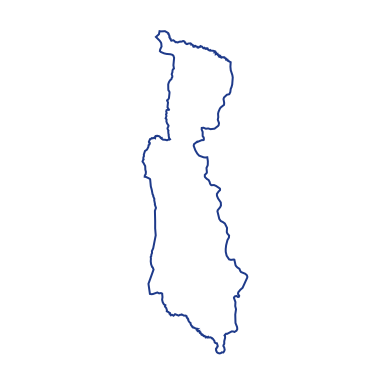 Mwense, Luapula, Zambia (Mercator projection), rotated 173°
{"feature_id": "96606910B65361757033996", "entity_name": "Mwense", "entity_type": "district", "adm_level": 2, "iso_a3": "ZMB", "parent_name": "Zambia", "parent_adm1": "Luapula", "projection": "mercator", "projection_center": [28.717, -10.52], "detail": "fine", "context": "isolated", "style": "outline", "palette": "blue", "viewbox_px": 384, "rotation_deg": 173, "n_neighbors": 0, "source": "geoboundaries", "source_scale": "gbopen_adm2", "svg_char_len": 5995}
<svg xmlns="http://www.w3.org/2000/svg" viewBox="0 0 384 384"><g transform="rotate(173 192 192)"><path d="M229.0,73.8L228.5,73.6L228.4,72.7L228.0,72.2L227.6,72.5L226.9,72.6L225.4,71.5L223.7,72.8L220.4,71.0L218.7,71.6L217.5,71.4L217.1,71.7L215.1,70.3L213.3,70.1L212.8,69.6L212.5,69.3L212.7,69.0L212.4,67.8L211.5,67.0L211.6,66.4L211.2,66.0L211.3,64.9L210.3,63.0L209.4,62.1L209.5,61.2L209.0,59.6L208.6,59.3L208.3,58.4L207.8,58.2L207.8,57.6L207.3,57.2L206.4,57.1L205.1,56.1L203.7,55.7L203.9,55.1L203.6,55.1L203.9,54.9L203.7,53.8L203.3,53.3L202.8,53.4L202.7,53.0L201.6,53.2L201.6,52.6L201.0,52.0L201.4,51.8L201.4,51.2L200.5,50.6L200.1,49.6L199.9,49.8L199.1,49.4L198.9,48.7L198.4,48.5L198.4,48.1L197.9,47.5L197.0,47.6L196.7,46.9L196.0,46.7L196.0,46.3L195.6,46.5L195.1,46.1L194.9,45.8L194.5,45.7L194.3,46.1L193.6,45.8L193.4,46.1L192.9,45.5L191.3,45.5L190.6,45.0L190.2,44.4L189.9,44.5L189.1,43.6L187.9,41.4L187.8,40.0L187.1,39.2L185.7,38.8L185.2,35.9L185.4,35.4L186.0,35.1L186.5,34.1L187.1,33.8L187.4,33.2L187.2,32.0L187.4,31.7L186.8,29.9L185.6,28.9L184.1,28.4L182.7,28.7L182.0,29.2L180.5,28.9L179.5,30.0L178.8,31.4L179.0,33.9L179.6,35.1L179.5,36.0L178.5,37.4L178.2,40.0L176.9,43.3L176.8,44.8L177.1,45.4L176.8,45.5L176.8,46.2L175.4,47.2L174.5,46.9L169.5,48.8L168.0,48.5L166.9,47.9L164.8,48.9L163.8,50.3L163.7,52.4L164.8,56.7L164.0,65.1L162.6,70.3L163.0,73.5L162.3,77.5L163.3,81.8L163.1,82.3L162.1,83.2L160.6,83.4L159.2,82.2L158.4,82.2L158.1,82.5L157.8,83.2L158.8,85.3L158.3,86.8L155.9,89.1L153.5,90.7L147.6,100.3L147.4,101.2L147.7,102.7L149.2,104.4L153.1,106.6L153.7,107.7L154.3,110.0L156.2,111.6L157.3,113.1L157.7,114.0L158.2,119.6L158.6,119.9L161.6,119.9L163.4,120.6L165.4,124.6L165.8,128.4L165.5,131.3L164.6,135.0L162.7,139.9L160.9,142.3L160.5,144.3L161.7,146.0L162.3,147.4L162.3,148.3L161.6,152.1L163.2,156.7L164.9,158.3L167.0,159.7L168.2,162.0L169.1,169.7L168.7,170.8L165.9,173.5L164.9,175.1L164.7,178.1L166.9,182.4L167.7,185.2L167.6,186.3L167.5,187.1L165.6,189.2L164.0,190.4L163.8,191.4L163.9,192.0L164.5,192.6L167.4,195.1L169.3,196.2L171.9,196.4L172.5,196.9L173.1,198.2L173.3,199.9L174.1,201.9L175.6,203.1L177.2,205.1L177.4,205.7L177.2,207.4L175.1,209.1L174.8,209.8L174.7,214.1L173.2,216.5L173.0,217.3L172.5,220.7L172.6,224.6L174.6,224.6L176.2,225.0L180.5,227.2L182.1,229.5L183.6,233.0L184.7,237.6L184.2,239.2L180.8,241.3L180.6,241.0L176.0,242.3L174.6,242.1L173.9,242.4L173.7,244.0L173.8,244.9L174.5,245.8L174.6,246.4L174.1,250.3L174.8,252.9L174.5,254.4L172.8,254.4L170.5,253.1L168.2,253.1L165.9,252.1L161.9,252.1L157.9,254.5L157.4,255.1L156.8,257.1L157.6,260.6L156.8,263.0L156.6,266.5L155.9,268.4L154.2,271.3L153.2,272.4L149.6,274.6L149.2,276.5L149.4,280.4L148.7,281.9L145.5,284.3L143.2,284.5L142.8,284.9L141.8,286.5L141.0,289.6L140.0,291.3L139.0,293.8L137.6,300.7L137.7,303.1L138.7,308.1L138.6,311.7L137.8,316.1L140.3,317.8L140.1,318.1L140.8,318.6L140.8,319.0L141.9,319.1L141.8,319.8L142.1,319.9L142.1,320.3L142.5,320.4L142.9,321.0L143.8,321.5L143.7,321.8L145.0,322.1L146.2,321.8L146.7,322.7L147.3,322.8L147.5,322.4L148.5,323.0L148.0,323.7L148.9,323.8L149.1,324.1L148.7,324.5L149.6,324.9L149.8,326.1L151.6,325.8L151.2,327.4L152.4,327.7L151.8,328.2L151.8,328.7L153.5,329.5L156.2,330.1L156.4,330.4L156.7,330.1L157.3,330.3L157.4,330.6L157.8,330.6L158.6,331.3L159.0,332.4L159.4,332.1L159.7,332.5L160.3,332.4L160.3,332.9L160.5,333.0L161.3,332.7L162.1,333.5L162.4,333.1L162.9,333.2L163.6,333.8L164.3,335.0L165.8,335.8L166.4,335.0L167.2,335.2L167.9,334.5L168.9,334.7L169.1,335.5L170.2,335.9L170.7,336.6L171.4,336.7L171.8,336.0L172.5,335.9L172.8,336.0L172.8,336.6L173.1,336.7L173.3,337.8L174.3,338.5L174.8,338.4L174.9,339.3L175.3,339.7L177.8,339.8L178.6,339.4L179.4,339.5L180.3,340.4L180.4,341.1L180.9,341.3L181.1,342.2L181.9,342.8L182.7,342.9L183.6,342.6L184.7,342.5L185.0,342.7L186.3,342.7L187.1,342.3L187.6,342.4L188.2,342.2L189.2,342.7L189.8,342.6L190.7,343.4L191.1,344.1L192.1,344.9L194.1,344.7L194.5,345.6L194.6,346.8L194.9,347.2L195.1,347.1L195.6,348.3L195.3,348.9L195.6,349.6L195.4,350.2L196.3,351.8L196.0,352.2L196.4,352.8L199.2,354.9L203.3,355.2L204.6,355.6L205.6,352.6L208.9,350.3L205.7,346.2L204.6,344.1L204.4,343.1L204.5,340.1L206.2,337.4L206.7,335.8L205.9,334.8L202.8,333.0L200.6,332.2L196.5,331.3L194.7,330.5L193.9,329.6L193.4,327.4L195.0,320.0L194.9,316.7L196.1,315.9L196.7,314.4L196.8,313.4L197.8,311.4L197.4,309.6L197.5,308.6L198.2,307.7L198.7,306.5L200.2,305.5L201.6,303.7L202.5,301.7L203.0,296.9L203.0,295.8L202.3,294.6L202.2,293.4L203.4,288.1L204.5,286.5L205.4,286.2L205.6,285.8L204.9,283.9L206.0,279.1L204.8,276.5L205.0,276.3L206.2,276.7L207.3,276.3L207.8,274.9L207.5,273.4L208.3,272.3L208.1,270.5L209.2,268.3L208.4,267.2L208.8,265.2L208.4,263.2L207.2,260.8L207.6,259.6L208.2,259.0L208.6,257.8L207.9,255.7L208.2,255.3L208.3,252.6L208.1,251.8L208.3,251.1L208.2,248.5L207.4,247.0L208.1,246.7L208.9,246.9L210.5,246.4L212.2,247.1L214.4,247.5L215.6,248.5L215.5,249.4L216.5,249.5L217.1,250.7L218.2,251.6L218.9,251.6L219.8,252.1L220.4,251.7L221.2,252.0L221.8,251.6L222.1,249.9L223.0,250.4L223.8,250.4L224.4,250.0L225.3,250.4L226.6,249.6L227.2,249.6L228.7,247.0L228.5,246.0L227.9,245.7L228.1,245.0L228.6,244.2L229.4,243.8L229.8,242.1L231.5,239.6L233.7,238.4L235.3,234.9L235.3,233.5L236.0,232.4L236.3,230.7L236.1,230.1L236.8,229.5L237.4,228.2L236.7,227.0L235.3,223.4L235.6,219.9L235.3,217.6L235.8,215.3L236.8,214.2L237.1,212.9L235.8,212.5L233.4,211.0L232.2,210.1L232.0,209.5L232.2,202.6L231.7,199.1L231.4,194.6L230.9,193.3L231.0,192.4L230.2,189.7L230.5,188.5L230.2,184.5L230.4,184.1L229.7,180.6L231.1,177.9L232.1,167.7L233.0,160.4L233.3,153.4L237.4,140.8L239.0,138.2L239.1,136.4L240.0,134.7L240.3,133.2L240.9,132.6L240.9,130.8L241.4,128.3L241.4,125.3L240.7,122.4L240.2,122.0L239.6,119.7L246.4,106.2L246.2,96.0L244.7,95.5L243.2,95.5L238.7,96.5L237.0,95.4L235.2,95.5L234.0,94.8L234.1,91.3L234.8,88.7L234.5,86.2L233.6,83.9L232.2,82.9L232.8,81.6L231.7,79.9L231.3,77.7L231.6,76.8L231.0,76.2L230.0,75.8L229.5,75.0L228.8,74.7L229.0,73.8Z" fill="none" stroke="#1e3a8a" stroke-width="2"/></g></svg>